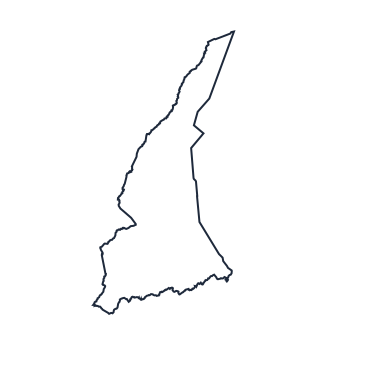 the district of Capayán, Catamarca, Argentina, rotated 220°
{"feature_id": "61730980B90105410435104", "entity_name": "Capayán", "entity_type": "district", "adm_level": 2, "iso_a3": "ARG", "parent_name": "Argentina", "parent_adm1": "Catamarca", "projection": "orthographic", "projection_center": [-65.985, -29.028], "detail": "fine", "context": "isolated", "style": "outline", "palette": "slate", "viewbox_px": 384, "rotation_deg": 220, "n_neighbors": 0, "source": "geoboundaries", "source_scale": "gbopen_adm2", "svg_char_len": 5995}
<svg xmlns="http://www.w3.org/2000/svg" viewBox="0 0 384 384"><g transform="rotate(220 192 192)"><path d="M263.0,341.9L264.7,339.7L264.5,338.0L272.2,324.1L273.3,323.6L276.2,317.1L274.0,315.5L273.9,315.1L274.6,313.5L274.3,313.2L274.3,311.8L273.9,311.2L273.7,311.3L272.8,310.3L272.1,309.9L272.3,309.3L272.1,308.5L272.4,307.9L272.1,307.8L271.8,307.2L271.4,307.0L271.9,306.0L271.2,305.7L270.9,304.5L269.8,302.8L269.7,302.4L270.0,302.1L269.6,299.7L269.4,299.0L268.6,298.2L268.6,297.9L269.0,297.5L268.7,297.0L268.6,293.3L269.3,292.3L269.3,291.6L268.3,289.5L268.3,289.0L270.4,285.8L270.8,284.3L270.9,283.8L270.6,283.6L271.0,282.5L270.3,281.8L270.9,279.0L270.7,276.7L271.3,275.4L271.0,275.2L271.2,274.8L270.2,273.0L270.2,272.3L269.2,270.6L269.4,269.9L268.9,268.2L269.2,268.1L268.4,266.8L268.4,264.5L267.6,263.3L267.9,263.1L267.3,261.6L266.0,260.9L265.7,259.3L265.8,259.1L265.3,258.1L265.5,257.6L265.0,257.5L264.4,256.1L263.9,256.1L263.1,255.4L263.3,253.9L262.5,252.5L262.5,251.6L261.4,251.0L260.8,250.2L260.7,249.5L261.3,249.0L261.0,248.3L261.5,247.0L261.8,246.9L262.2,246.1L262.2,245.8L261.0,244.8L260.0,243.0L259.8,242.2L260.3,241.4L260.1,241.0L259.5,240.7L259.7,240.3L260.0,240.1L260.2,238.4L259.9,238.0L259.5,235.8L259.7,235.7L259.7,234.8L259.1,233.9L259.8,233.4L259.7,233.0L259.2,232.6L259.1,231.8L259.5,231.6L260.3,230.6L260.1,229.4L260.8,227.9L261.5,225.6L261.1,224.7L260.7,224.3L260.7,223.9L261.1,223.9L261.3,223.3L260.9,222.2L261.3,221.4L261.2,220.8L261.5,220.4L261.1,219.1L261.4,218.8L261.9,217.2L261.6,216.7L262.0,215.7L261.9,215.4L262.2,213.8L262.8,213.3L262.1,211.9L262.0,210.0L262.3,209.6L262.0,208.8L262.6,208.6L263.2,207.5L263.5,207.7L263.8,207.4L263.4,206.2L260.1,200.8L260.5,200.4L260.6,199.9L260.0,198.6L260.2,197.8L259.9,197.5L259.9,196.8L260.4,196.2L259.6,195.1L260.3,193.7L260.5,190.4L258.9,185.9L257.1,183.3L254.5,172.9L254.0,172.8L253.2,171.6L252.2,171.0L252.3,170.8L251.9,170.2L252.2,169.9L251.9,168.7L251.5,168.4L251.8,167.9L252.2,168.5L253.0,168.0L253.1,167.2L252.8,165.6L253.6,164.6L253.2,163.3L252.8,162.9L252.8,162.4L252.0,161.6L248.8,155.0L248.7,153.9L248.0,152.3L247.9,150.6L247.0,149.5L246.3,149.3L246.0,150.0L245.7,150.1L245.4,149.4L245.5,148.8L245.2,148.4L245.5,148.1L245.3,147.0L244.6,146.3L245.0,145.7L244.7,145.4L244.8,144.8L244.6,142.8L244.9,142.4L244.8,142.1L245.0,141.6L244.7,140.7L244.9,140.0L244.2,138.9L243.7,139.1L243.6,138.7L242.9,139.2L242.1,138.9L241.5,137.8L240.9,137.7L240.3,136.6L240.2,135.3L239.2,134.3L236.2,133.3L222.0,133.1L215.3,131.5L214.5,131.3L214.0,130.7L214.7,129.4L214.9,128.7L217.0,126.4L217.5,123.7L218.5,121.6L219.4,121.1L220.6,121.0L221.2,120.7L221.1,120.2L221.3,119.9L222.0,119.8L221.9,118.6L222.8,118.1L222.7,116.9L223.0,116.6L223.7,116.6L224.2,116.0L224.3,114.9L224.9,114.3L224.8,113.7L224.2,113.0L224.3,111.6L222.8,109.5L222.1,106.6L222.6,105.6L222.5,104.0L223.3,103.2L223.4,102.6L223.8,102.1L223.6,100.7L224.0,100.1L223.5,98.8L223.4,98.0L225.7,96.4L225.9,95.9L225.9,92.2L226.7,90.7L226.3,90.1L225.4,89.8L224.8,89.2L221.6,88.1L221.5,87.4L220.8,87.4L220.6,87.1L220.4,86.5L220.8,86.1L220.6,85.7L205.4,73.5L205.2,73.7L204.7,73.0L204.7,72.5L204.5,72.1L204.5,71.5L204.9,70.8L204.0,69.9L204.0,69.1L203.8,68.3L203.0,67.7L202.8,67.1L202.5,67.0L202.4,66.1L201.3,63.8L200.9,63.7L200.8,64.1L199.8,63.9L198.8,64.3L198.0,64.1L197.5,63.0L197.2,60.9L195.8,58.6L195.8,57.0L195.6,56.2L195.8,55.9L195.6,55.4L195.6,54.8L196.0,54.2L196.1,53.4L195.5,51.7L196.0,49.8L195.5,49.4L195.5,47.7L194.9,46.7L195.6,45.7L195.7,44.8L195.3,44.3L195.1,42.1L194.8,42.4L194.6,43.0L194.2,42.9L193.6,42.2L193.4,42.8L193.1,42.6L192.6,43.2L192.2,43.1L191.5,43.8L190.6,44.2L189.8,44.2L188.8,45.1L187.2,44.9L186.7,44.6L185.7,44.7L184.9,44.4L178.5,45.5L177.2,45.4L176.3,47.3L175.8,47.7L174.9,48.0L174.8,49.5L175.5,50.5L176.0,51.8L175.5,53.4L174.8,54.1L174.8,55.6L176.7,58.9L177.1,60.7L176.9,61.2L177.8,63.2L177.8,63.7L178.0,63.7L177.5,65.1L177.0,65.6L176.7,66.4L175.8,67.4L173.6,67.6L173.2,68.1L169.9,67.2L169.6,69.1L170.4,70.0L170.0,71.2L170.4,71.7L170.6,72.8L170.1,73.7L168.9,73.9L168.6,74.4L168.0,74.3L166.8,75.9L165.8,76.6L164.8,76.6L164.8,76.8L164.6,76.6L164.4,76.9L162.0,76.6L161.7,76.8L161.9,77.2L161.6,77.0L161.2,77.4L161.0,78.1L160.5,78.6L160.5,78.9L160.2,79.0L160.0,80.3L160.3,80.7L160.4,81.4L160.1,82.0L160.0,83.3L159.1,84.5L159.0,85.1L158.1,85.7L157.8,87.4L156.3,88.4L155.4,88.3L154.3,88.7L153.3,89.7L152.3,89.7L150.9,91.5L151.2,91.9L151.0,92.4L151.5,93.0L152.0,94.9L151.3,95.4L151.3,95.9L150.6,96.0L150.4,96.3L150.4,96.8L150.0,97.4L150.0,97.9L149.6,98.8L149.8,99.2L149.5,100.1L149.3,100.1L149.1,100.6L148.7,100.7L148.1,103.5L146.7,103.5L146.8,104.6L146.3,105.1L145.9,105.9L145.0,106.1L144.6,105.8L144.0,104.4L142.1,103.9L141.2,104.3L140.6,106.0L140.2,106.3L139.0,106.9L138.3,107.0L137.7,106.0L137.0,105.7L136.0,105.4L135.6,105.6L134.7,109.2L134.4,109.5L134.3,111.2L133.9,112.0L134.2,112.4L133.8,113.6L133.5,113.8L132.4,115.5L131.6,115.0L130.8,115.7L130.5,115.5L130.3,115.9L129.4,116.5L129.5,118.1L129.0,118.1L128.6,119.5L128.7,121.5L129.2,121.8L128.7,122.0L128.5,122.9L127.9,122.6L128.6,125.0L128.6,125.8L128.3,125.9L128.3,126.2L127.1,126.4L127.0,128.2L125.2,127.6L124.4,128.0L124.4,128.8L124.9,129.6L124.6,130.3L124.9,131.7L124.7,132.2L124.9,132.9L124.7,132.9L124.7,133.3L123.8,134.3L123.8,135.4L124.1,136.1L123.6,136.4L123.3,136.9L123.5,137.4L123.5,139.5L123.3,139.9L122.6,140.5L122.5,141.6L121.9,142.9L118.5,142.3L117.6,141.8L116.5,141.6L115.6,142.4L115.4,142.8L114.7,143.6L114.4,144.6L113.5,144.9L112.8,145.7L112.4,146.5L112.5,147.7L111.6,148.0L110.8,148.1L110.1,147.7L109.9,147.2L109.9,146.4L108.6,146.5L108.1,145.8L107.8,145.8L107.8,147.3L108.0,147.8L108.9,147.6L109.3,148.5L109.8,148.9L109.3,149.6L110.0,151.3L109.8,152.7L109.2,153.5L109.4,155.1L110.7,157.0L111.2,157.4L115.7,157.0L117.6,157.8L123.6,159.1L126.4,161.4L131.4,161.8L167.0,173.8L184.0,190.6L185.5,192.1L185.4,192.3L195.7,202.6L196.6,203.0L199.0,203.2L199.8,203.7L220.9,225.1L220.9,244.3L233.4,244.3L239.2,257.1L238.8,274.7L263.0,341.9Z" fill="none" stroke="#1e293b" stroke-width="2"/></g></svg>